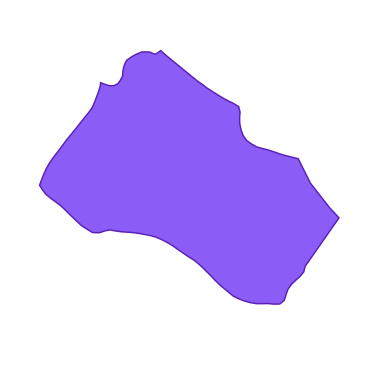 the district of Habban, Shabwah, Yemen, rotated 129°
{"feature_id": "15242507B21238216413190", "entity_name": "Habban", "entity_type": "district", "adm_level": 2, "iso_a3": "YEM", "parent_name": "Yemen", "parent_adm1": "Shabwah", "projection": "orthographic", "projection_center": [47.137, 14.306], "detail": "fine", "context": "isolated", "style": "filled", "palette": "violet", "viewbox_px": 384, "rotation_deg": 129, "n_neighbors": 0, "source": "geoboundaries", "source_scale": "gbopen_adm2", "svg_char_len": 1704}
<svg xmlns="http://www.w3.org/2000/svg" viewBox="0 0 384 384"><g transform="rotate(129 192 192)"><path d="M164.6,331.9L166.7,330.3L172.0,328.1L177.5,326.2L183.0,324.4L188.5,322.8L190.5,322.6L194.7,322.3L200.8,322.3L206.5,322.3L212.3,322.2L218.0,322.2L224.2,322.2L230.3,322.3L236.3,322.0L242.0,321.7L248.1,321.6L253.9,321.4L259.8,320.9L266.0,319.8L272.1,318.2L277.7,316.4L282.7,314.7L284.5,309.2L285.8,304.0L285.8,296.6L285.5,292.1L285.3,286.3L285.6,280.5L286.3,274.4L286.8,268.6L287.3,262.4L287.7,256.6L287.0,250.5L286.1,243.7L281.9,238.3L277.0,235.2L273.1,231.9L270.2,226.5L267.1,221.5L263.7,216.7L260.4,211.8L257.4,206.9L254.4,201.4L251.7,196.2L249.4,190.7L247.9,184.8L246.7,178.8L245.9,173.1L245.6,167.3L245.1,160.9L244.6,154.9L243.8,148.6L243.7,142.5L244.0,136.8L244.6,130.7L245.2,125.0L246.1,118.7L246.7,111.9L246.8,105.7L246.9,99.9L246.9,94.0L245.6,88.5L243.7,82.6L241.3,77.1L238.3,71.8L234.5,67.1L230.8,62.6L227.6,57.8L223.8,53.3L218.2,52.1L212.7,54.3L207.2,56.2L201.5,56.6L195.6,55.9L189.6,54.9L183.7,54.9L178.5,57.3L119.6,61.5L117.6,75.3L110.6,105.6L99.3,130.4L99.8,131.5L102.3,136.8L104.8,142.1L107.0,147.5L109.2,153.5L111.4,159.3L114.0,164.8L116.2,170.1L117.2,175.8L117.6,181.9L115.9,187.8L112.8,193.1L108.9,197.8L104.5,201.6L99.7,204.9L96.3,209.5L97.1,215.7L98.5,221.6L99.6,227.7L100.4,233.7L101.1,239.6L101.8,246.2L101.9,252.0L102.4,258.1L102.2,296.1L102.1,300.1L101.8,305.3L103.6,305.8L106.0,306.5L108.2,307.4L109.1,310.1L109.6,312.4L111.0,314.5L114.5,318.9L119.6,321.8L124.6,323.9L130.5,325.6L133.9,325.1L137.3,323.9L141.5,321.8L145.7,318.8L150.9,317.9L154.5,317.8L158.0,319.3L160.5,321.8L161.8,324.1L163.1,327.3L164.6,331.9Z" fill="#8b5cf6" stroke="#5b21b6" stroke-width="1.5"/></g></svg>